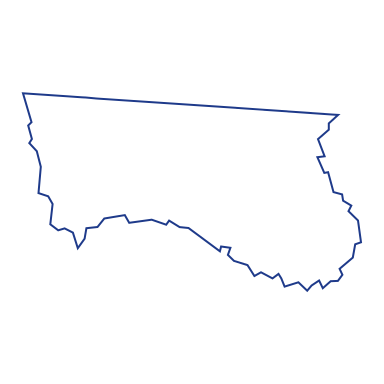 outline of Hamilton, Florida, United States of America
{"feature_id": "52423323B5794774245983", "entity_name": "Hamilton", "entity_type": "district", "adm_level": 2, "iso_a3": "USA", "parent_name": "United States of America", "parent_adm1": "Florida", "projection": "mercator", "projection_center": [-82.926, 30.475], "detail": "fine", "context": "isolated", "style": "outline", "palette": "blue", "viewbox_px": 384, "rotation_deg": 0, "n_neighbors": 0, "source": "geoboundaries", "source_scale": "gbopen_adm2", "svg_char_len": 984}
<svg xmlns="http://www.w3.org/2000/svg" viewBox="0 0 384 384"><path d="M281.3,278.4L284.6,286.6L298.4,282.3L307.2,290.7L311.6,285.5L319.1,280.5L322.8,288.2L330.7,281.2L337.9,280.9L342.4,274.8L339.6,268.8L352.8,257.6L355.2,244.3L361.0,242.3L358.0,220.5L348.5,211.2L351.3,205.6L343.1,200.7L342.1,194.4L333.5,192.1L328.1,172.2L324.3,172.9L317.4,157.2L324.6,156.3L318.0,139.1L328.8,129.7L328.8,123.4L338.1,114.9L333.1,114.6L236.6,107.9L235.8,107.8L99.2,98.7L96.4,98.5L85.8,97.5L81.9,97.3L75.9,96.9L68.9,96.4L23.0,93.3L31.5,122.2L28.2,125.5L31.9,139.0L29.3,143.1L36.8,151.2L40.8,166.8L38.5,193.1L48.2,196.3L52.6,204.0L50.3,224.3L58.2,230.3L64.6,228.4L72.9,232.6L77.8,248.2L84.6,238.7L86.4,228.2L97.5,227.0L104.3,218.5L124.8,215.1L129.2,222.8L151.7,219.7L166.2,224.7L169.1,220.6L179.6,227.1L188.5,228.0L219.9,251.3L221.1,246.5L230.4,247.8L227.9,254.9L234.0,260.9L247.5,265.1L254.4,276.0L261.0,272.3L272.5,278.4L278.5,273.9L281.3,278.4Z" fill="none" stroke="#1e3a8a" stroke-width="2"/></svg>